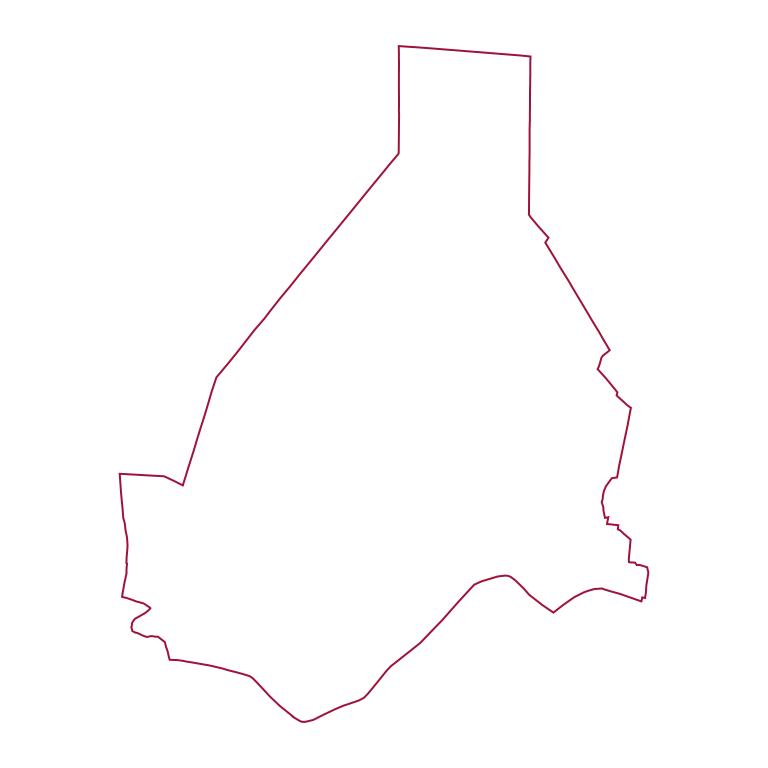 Cai Be, Tiền Giang, Vietnam
{"feature_id": "81297802B56348725354679", "entity_name": "Cai Be", "entity_type": "district", "adm_level": 2, "iso_a3": "VNM", "parent_name": "Vietnam", "parent_adm1": "Tiền Giang", "projection": "natural_earth1", "projection_center": [105.923, 10.405], "detail": "fine", "context": "isolated", "style": "outline", "palette": "rose", "viewbox_px": 768, "rotation_deg": 0, "n_neighbors": 0, "source": "geoboundaries", "source_scale": "gbopen_adm2", "svg_char_len": 4279}
<svg xmlns="http://www.w3.org/2000/svg" viewBox="0 0 768 768"><path d="M553.4,612.6L563.4,604.8L574.2,597.2L574.4,597.1L584.2,592.2L589.4,590.4L594.5,589.0L602.4,588.5L602.7,588.8L602.8,588.9L609.5,591.0L620.0,593.9L641.4,601.4L641.5,601.1L642.3,597.4L645.0,598.0L645.7,594.2L646.1,590.3L646.3,585.6L647.4,578.8L648.0,575.2L648.2,574.1L648.3,572.6L648.2,571.4L647.6,569.6L647.4,568.6L647.3,567.6L647.2,567.3L639.6,564.9L636.8,565.1L635.0,562.6L630.2,562.4L628.9,562.0L628.8,559.3L630.6,539.6L623.6,533.6L622.8,532.8L620.4,530.6L617.9,529.3L618.2,526.3L618.3,525.2L607.0,524.0L608.3,517.2L605.0,517.9L603.5,510.9L603.3,507.3L603.1,506.6L601.7,502.1L602.7,498.8L603.0,495.2L604.0,490.8L605.9,486.3L611.8,478.2L617.1,477.4L619.0,466.5L622.7,448.8L623.3,445.7L627.8,424.4L629.4,415.5L629.5,415.1L630.1,412.0L630.9,407.8L627.9,405.7L625.3,403.4L616.6,395.5L617.1,393.7L617.4,392.4L616.7,391.4L606.1,378.5L597.6,369.1L599.0,366.2L600.2,362.2L601.3,358.1L602.0,356.8L603.4,355.2L607.5,352.1L609.7,350.2L602.4,337.9L599.1,332.0L593.7,323.2L591.0,318.8L587.4,312.6L572.1,287.0L569.1,281.7L559.8,266.8L559.7,266.5L559.1,265.6L554.5,257.7L546.5,244.6L545.3,242.6L548.5,237.6L546.3,235.3L538.0,226.0L530.3,216.8L528.9,214.5L529.0,211.8L529.1,195.3L529.2,188.1L529.2,187.1L529.3,177.2L529.4,170.6L529.4,162.4L529.6,154.2L529.6,146.0L529.6,137.8L529.6,129.3L529.8,121.4L529.9,120.9L529.9,112.4L530.0,103.9L530.0,99.0L530.0,95.3L530.0,91.6L530.1,86.8L530.2,85.6L530.2,78.5L530.3,75.6L530.3,69.5L530.3,63.0L530.5,56.5L520.6,55.5L510.6,54.7L431.4,48.4L419.7,47.5L398.8,46.1L398.8,50.6L398.9,52.0L398.9,58.0L399.0,63.9L398.9,75.1L398.9,80.9L398.9,85.8L398.9,87.4L399.0,99.7L399.0,106.0L398.9,110.9L399.0,112.7L399.1,114.0L398.7,152.8L398.4,153.9L390.1,163.7L380.4,175.6L371.0,187.0L361.0,199.3L353.6,208.4L344.7,219.3L336.3,229.6L327.4,240.4L318.4,251.5L308.7,263.4L299.3,274.8L290.0,286.5L280.3,298.1L271.0,309.9L264.3,318.7L262.5,320.7L261.3,322.2L254.5,330.0L247.1,339.5L237.8,351.5L228.4,363.1L216.4,377.4L211.6,391.8L208.3,403.2L204.5,415.8L200.1,429.6L197.1,439.3L193.7,450.7L188.7,466.4L185.6,476.5L183.1,484.4L182.8,485.4L182.4,485.2L175.4,481.6L164.2,476.3L141.0,475.0L137.8,474.8L130.5,474.4L119.7,473.8L119.8,475.0L121.0,492.1L121.7,500.0L122.5,507.8L123.3,518.2L123.8,519.8L124.7,523.0L124.9,524.2L125.4,529.2L125.8,531.5L126.8,536.4L127.2,539.8L127.4,543.2L127.5,545.6L127.4,548.5L126.7,556.3L126.4,563.0L127.0,563.5L126.5,569.4L126.5,571.0L126.5,573.6L126.4,573.9L126.3,574.6L125.8,576.4L125.4,578.7L125.3,579.2L124.9,580.5L124.1,584.7L123.4,588.9L122.7,592.7L122.2,595.8L122.1,596.9L123.2,597.2L126.1,597.8L132.3,599.9L135.8,601.3L139.2,602.2L142.9,603.2L144.1,603.7L146.6,605.4L149.8,607.5L150.4,608.1L150.4,608.3L150.2,608.6L149.8,609.0L148.4,610.3L147.0,611.6L145.8,612.6L140.0,616.0L135.3,618.6L135.0,618.8L134.6,619.2L133.9,620.1L132.4,622.4L132.0,623.3L131.9,624.0L131.9,624.9L131.8,625.7L131.5,626.5L131.4,627.4L131.8,628.8L132.2,630.6L132.4,631.1L132.9,631.4L134.1,631.9L134.8,632.4L135.5,632.6L136.5,632.8L137.2,632.9L139.3,633.9L141.4,634.9L142.3,635.4L142.7,635.5L143.2,635.7L144.7,636.3L146.4,636.8L146.8,636.9L147.3,636.9L147.9,636.8L148.6,636.7L150.0,636.3L150.6,636.2L151.0,636.1L151.7,636.1L152.6,636.2L153.3,636.3L153.9,636.4L154.9,636.7L155.6,636.7L156.3,636.7L157.0,636.6L157.9,636.8L158.3,636.9L158.5,637.1L160.4,638.6L162.7,640.4L163.0,640.7L163.3,640.9L164.5,641.7L164.6,641.8L164.9,642.3L165.5,644.5L165.6,645.3L166.0,646.9L166.9,649.1L167.6,651.3L168.2,653.9L168.8,656.6L169.3,658.6L169.5,659.0L169.7,659.8L177.5,660.1L183.3,660.9L186.0,661.5L189.9,662.1L195.9,663.1L202.2,664.2L208.6,665.3L213.6,666.4L215.7,666.9L221.7,668.3L228.5,670.3L235.3,672.0L242.0,673.8L247.7,675.5L248.7,675.8L249.4,676.0L252.3,677.9L253.9,679.4L259.0,684.7L263.0,689.0L269.6,696.2L279.8,705.9L285.5,710.5L293.1,716.6L292.9,716.8L299.5,720.8L302.1,721.9L305.0,721.9L308.1,721.2L313.3,719.9L324.8,714.1L334.3,709.6L337.5,708.2L343.1,705.8L358.8,700.5L363.8,697.9L366.4,695.3L368.0,693.6L373.4,687.1L386.2,671.2L390.9,666.2L401.9,657.5L409.1,651.8L420.3,642.9L433.9,628.7L442.0,620.4L459.5,600.6L474.2,584.7L481.4,581.4L497.6,576.5L505.0,575.6L507.8,575.8L510.6,576.8L515.4,580.4L523.6,588.4L529.2,594.8L541.9,604.7L553.4,612.6Z" fill="none" stroke="#9f1239" stroke-width="2"/></svg>